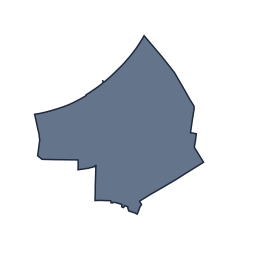 Al Manshiyya, Al Iskandariyah, Egypt (Robinson projection), rotated 311°
{"feature_id": "37247803B47768996612794", "entity_name": "Al Manshiyya", "entity_type": "district", "adm_level": 2, "iso_a3": "EGY", "parent_name": "Egypt", "parent_adm1": "Al Iskandariyah", "projection": "robinson", "projection_center": [29.892, 31.198], "detail": "fine", "context": "isolated", "style": "filled", "palette": "slate", "viewbox_px": 256, "rotation_deg": 311, "n_neighbors": 0, "source": "geoboundaries", "source_scale": "gbopen_adm2", "svg_char_len": 5178}
<svg xmlns="http://www.w3.org/2000/svg" viewBox="0 0 256 256"><g transform="rotate(311 128 128)"><path d="M183.3,166.9L184.5,166.2L186.2,165.1L187.3,163.9L187.9,163.2L190.1,156.0L192.9,148.2L193.3,147.1L200.2,126.9L201.7,119.3L204.1,106.5L208.2,79.6L207.8,79.7L207.5,79.7L207.2,79.8L206.8,79.9L206.5,80.0L206.3,80.0L206.0,80.1L205.7,80.2L205.2,80.2L205.0,80.3L204.8,80.3L204.6,80.3L204.4,80.4L204.2,80.4L203.8,80.4L203.6,80.5L203.4,80.5L203.2,80.5L202.9,80.6L202.7,80.6L202.4,80.6L202.2,80.7L201.7,80.7L201.5,80.8L201.2,80.8L200.9,80.9L200.6,80.9L200.3,81.0L199.9,81.0L199.6,81.1L199.3,81.1L198.9,81.2L198.6,81.2L198.2,81.3L197.9,81.3L197.5,81.4L197.2,81.4L196.9,81.4L196.6,81.5L196.3,81.5L196.0,81.6L195.7,81.6L195.4,81.7L195.2,81.7L194.9,81.7L194.7,81.8L194.2,81.8L193.7,81.9L193.2,81.9L192.9,82.0L192.6,82.0L192.2,82.0L191.9,82.0L191.5,82.0L191.1,82.1L190.8,82.1L190.4,82.1L190.0,82.1L189.6,82.1L189.2,82.2L188.8,82.2L188.3,82.2L187.9,82.3L187.5,82.3L187.0,82.3L186.6,82.3L186.2,82.4L185.7,82.4L185.3,82.4L184.8,82.4L184.4,82.4L184.0,82.5L183.5,82.5L183.1,82.5L182.7,82.5L182.3,82.5L181.9,82.5L181.5,82.5L181.2,82.5L180.8,82.5L180.5,82.5L180.2,82.5L179.9,82.5L179.6,82.5L179.3,82.5L179.1,82.5L178.8,82.5L178.5,82.5L178.2,82.5L177.9,82.5L177.6,82.5L177.3,82.5L177.0,82.5L176.7,82.5L176.4,82.5L176.1,82.5L175.8,82.5L175.6,82.5L175.3,82.5L175.0,82.5L174.8,82.5L174.5,82.5L174.2,82.5L173.7,82.5L173.4,82.4L173.1,82.4L172.9,82.4L172.6,82.4L172.4,82.4L172.1,82.4L171.9,82.4L171.7,82.4L171.3,82.4L171.2,82.4L170.7,82.4L170.4,82.3L170.1,82.3L169.9,82.3L169.7,82.3L169.4,82.3L169.2,82.3L169.0,82.2L168.8,82.3L168.6,82.2L168.4,82.2L168.2,82.2L167.8,82.2L167.6,82.1L167.3,82.1L167.1,82.1L166.9,82.1L166.6,82.1L166.4,82.0L166.2,82.0L165.9,82.0L165.7,82.0L165.2,82.0L164.8,81.9L164.6,81.9L164.4,81.9L164.2,81.9L163.8,81.8L163.7,81.8L163.3,81.8L163.2,81.8L162.8,81.8L162.7,81.7L162.5,81.8L162.3,81.7L162.1,81.7L161.9,81.7L161.7,81.7L161.4,81.7L161.2,81.6L160.7,81.6L160.2,81.5L159.7,81.5L159.4,81.5L159.2,81.4L158.9,81.4L158.5,81.4L158.2,81.3L157.9,81.3L157.5,81.3L157.2,81.2L156.9,81.2L156.5,81.2L156.2,81.1L155.8,81.1L155.5,81.0L155.2,81.0L154.9,81.0L154.6,80.9L154.2,80.9L153.9,80.8L153.6,80.8L153.3,80.8L153.0,80.7L152.6,80.7L152.3,80.6L152.0,80.6L151.7,80.5L151.4,80.5L151.2,80.5L150.9,80.4L150.7,80.4L150.3,80.4L150.2,80.3L149.8,80.3L149.6,80.2L149.4,80.2L149.2,80.2L148.9,80.1L148.7,80.1L148.4,80.0L148.2,80.0L147.8,79.9L147.6,79.9L147.4,79.9L147.1,79.7L147.0,79.2L147.0,78.9L147.0,78.7L147.1,78.3L147.0,78.0L146.9,78.0L146.8,78.3L146.8,78.6L146.7,78.9L146.6,79.2L146.6,79.5L146.4,79.6L146.1,79.4L145.8,79.3L145.6,79.3L145.3,79.3L145.1,79.3L144.9,79.4L144.7,79.4L144.3,79.3L144.1,79.3L143.9,79.3L143.7,79.2L143.3,79.1L143.1,79.1L142.9,79.1L142.7,79.0L142.2,78.9L141.9,78.9L141.5,78.8L141.1,78.7L140.7,78.6L140.3,78.5L139.9,78.5L139.5,78.4L139.0,78.3L138.6,78.1L138.1,78.0L137.7,77.9L137.3,77.8L136.8,77.7L136.3,77.6L135.9,77.5L135.4,77.3L134.9,77.2L134.4,77.1L133.9,76.9L133.4,76.8L133.0,76.7L132.5,76.6L132.0,76.4L131.6,76.3L131.2,76.2L130.8,76.1L130.4,76.0L130.1,75.9L129.8,75.8L129.5,75.8L129.3,75.7L129.0,75.6L128.8,75.6L128.6,75.5L128.3,75.4L128.2,75.4L127.9,75.3L127.7,75.2L127.3,75.1L127.1,75.1L126.9,75.0L126.7,74.9L126.4,74.8L126.2,74.8L126.0,74.7L125.9,74.7L125.6,74.6L125.3,74.6L125.1,74.6L124.8,74.8L124.7,74.9L124.4,74.9L124.2,74.9L123.8,74.8L123.5,74.7L123.2,74.6L122.9,74.5L122.5,74.4L122.1,74.2L121.6,74.1L121.1,73.9L120.6,73.7L120.1,73.5L119.5,73.3L118.9,73.1L118.3,72.9L117.7,72.6L117.1,72.4L116.5,72.2L115.8,71.9L115.2,71.7L114.6,71.4L113.9,71.1L113.3,70.9L112.7,70.7L112.0,70.4L111.4,70.1L110.8,69.9L110.2,69.6L109.6,69.3L109.0,69.0L108.4,68.8L107.9,68.6L107.3,68.3L106.8,68.0L106.3,67.8L105.8,67.5L105.3,67.3L104.8,67.0L104.4,66.8L103.9,66.5L103.5,66.3L103.0,66.0L102.5,65.8L102.1,65.6L101.6,65.3L101.1,65.0L100.7,64.7L100.2,64.4L99.6,64.1L99.1,63.8L98.6,63.5L98.0,63.2L97.5,62.8L96.9,62.5L96.3,62.1L95.7,61.8L95.1,61.4L94.6,61.1L94.0,60.7L93.4,60.3L92.8,60.0L92.2,59.6L91.7,59.2L91.1,58.9L90.6,58.5L90.0,58.2L89.5,57.8L89.0,57.5L88.5,57.1L88.0,56.8L87.6,56.5L87.2,56.3L86.8,56.0L86.5,55.8L86.2,55.6L85.9,55.3L85.6,55.2L85.3,55.0L85.0,54.7L84.7,54.5L84.4,54.3L84.0,54.0L83.7,53.8L83.3,53.5L82.9,53.2L82.5,52.9L82.0,52.5L81.6,52.2L81.1,51.8L80.6,51.4L80.2,51.1L79.7,50.7L79.2,50.3L78.8,49.9L78.3,49.6L78.0,49.3L77.6,49.0L77.3,48.8L77.1,48.5L67.5,61.4L65.6,64.1L61.0,69.3L56.7,72.1L47.8,78.0L47.9,82.6L47.9,83.4L48.2,84.0L56.0,93.4L71.1,111.2L70.1,112.2L69.2,113.1L63.7,117.7L71.5,124.4L76.7,127.9L77.1,128.3L77.8,127.8L78.6,128.4L62.6,141.5L62.1,141.9L57.3,146.0L51.6,150.7L53.1,152.3L54.7,154.0L59.8,160.3L61.8,162.6L60.4,164.2L61.0,165.3L61.9,165.3L64.1,168.3L64.1,168.7L66.3,173.5L65.7,173.9L64.4,175.1L64.6,176.2L65.1,176.9L67.3,176.4L68.4,179.7L67.5,180.2L66.7,181.8L65.9,182.8L66.4,184.1L68.3,188.6L69.0,191.4L71.4,190.7L75.9,188.9L77.7,188.6L79.2,188.4L80.3,184.7L92.0,188.3L109.4,194.3L122.1,198.5L131.4,201.2L131.9,201.4L151.7,207.5L152.6,204.7L156.6,191.7L157.0,190.7L163.0,187.0L168.5,183.3L166.5,180.0L166.2,179.5L165.8,178.9L165.4,178.3L172.8,173.5L173.3,173.2L175.9,171.5L183.3,166.9Z" fill="#64748b" stroke="#1e293b" stroke-width="1.5"/></g></svg>